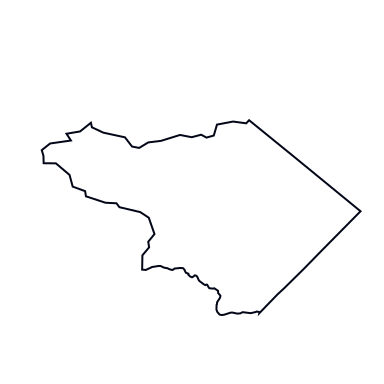 Cherokee, North Carolina, United States of America, rotated 219°
{"feature_id": "52423323B12938899253379", "entity_name": "Cherokee", "entity_type": "district", "adm_level": 2, "iso_a3": "USA", "parent_name": "United States of America", "parent_adm1": "North Carolina", "projection": "equal_earth", "projection_center": [-84.069, 35.14], "detail": "fine", "context": "isolated", "style": "outline", "palette": "ink", "viewbox_px": 384, "rotation_deg": 219, "n_neighbors": 0, "source": "geoboundaries", "source_scale": "gbopen_adm2", "svg_char_len": 1499}
<svg xmlns="http://www.w3.org/2000/svg" viewBox="0 0 384 384"><g transform="rotate(219 192 192)"><path d="M136.4,283.6L181.6,283.7L185.5,283.7L192.8,283.7L193.1,279.5L204.4,272.6L215.0,260.1L210.6,249.6L215.0,243.4L220.9,242.3L226.7,234.4L237.2,228.8L248.3,212.2L257.2,203.0L260.8,193.0L267.2,189.6L278.5,192.3L298.3,182.3L310.5,179.3L314.1,182.2L317.1,168.6L326.2,158.3L318.5,155.8L332.8,140.4L335.1,130.0L330.1,126.5L325.4,121.0L315.8,128.6L297.9,128.2L288.1,121.1L275.6,125.4L271.7,121.9L252.5,129.2L243.6,135.7L238.9,134.5L219.6,143.8L209.4,144.8L194.7,135.7L194.7,125.8L190.5,122.0L190.7,111.6L181.9,100.3L178.8,102.4L175.8,108.6L171.3,113.6L169.9,114.7L166.2,115.6L163.1,117.3L161.2,117.7L158.3,118.9L157.6,120.3L157.5,121.4L153.3,125.6L150.9,127.2L148.7,126.8L148.3,126.4L145.9,125.4L143.7,126.2L143.2,126.2L142.9,125.8L142.8,125.4L140.2,125.2L138.4,125.7L138.1,126.0L137.6,127.7L137.4,129.0L136.6,129.4L135.9,129.6L134.6,129.4L133.2,128.8L131.7,127.9L130.2,127.5L124.6,127.7L123.0,128.1L122.3,129.3L121.9,129.5L118.6,128.2L117.8,128.2L114.8,130.2L114.1,131.2L109.6,131.6L107.9,129.8L104.8,129.4L104.3,128.8L103.6,127.0L103.1,122.1L102.0,120.6L101.9,119.8L99.0,116.0L97.0,114.8L93.6,114.1L91.7,114.9L89.9,116.7L86.1,122.5L84.8,123.7L80.4,125.9L78.2,127.9L77.0,130.5L70.1,134.8L66.9,138.9L66.6,139.7L64.4,141.0L63.7,140.9L63.4,140.3L62.4,151.7L61.1,166.3L59.8,175.3L56.7,202.8L55.1,220.0L54.3,228.6L48.9,283.1L136.3,283.6L136.4,283.6Z" fill="none" stroke="#020617" stroke-width="2"/></g></svg>